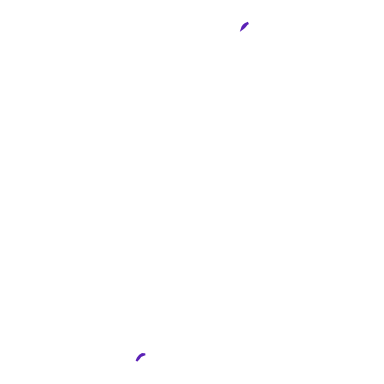 map outline of Tokelau (Mercator projection), rotated 256°
{"feature_id": "NZL-5472", "entity_name": "Tokelau", "entity_type": "state/province", "adm_level": 1, "iso_a3": "NZL", "parent_name": "New Zealand", "parent_adm1": "", "projection": "mercator", "projection_center": [-171.723, -8.952], "detail": "fine", "context": "isolated", "style": "outline", "palette": "violet", "viewbox_px": 384, "rotation_deg": 256, "n_neighbors": 0, "source": "natural_earth", "source_scale": "10m", "svg_char_len": 420}
<svg xmlns="http://www.w3.org/2000/svg" viewBox="0 0 384 384"><g transform="rotate(256 192 192)"><path d="M341.4,285.5L340.3,284.1L339.3,282.7L338.5,281.1L337.9,279.6L339.8,280.8L341.2,282.4L342.1,284.4L342.5,286.6L341.9,286.7L341.8,286.4L341.7,285.9L341.4,285.5ZM45.2,102.4L43.2,100.0L41.5,97.3L44.0,99.3L45.9,101.8L46.8,104.5L45.8,107.3L45.8,106.1L45.2,102.4Z" fill="none" stroke="#5b21b6" stroke-width="2"/></g></svg>